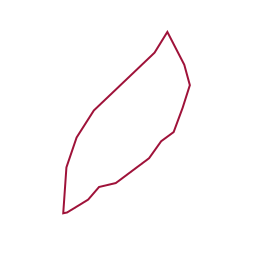 an SVG outline of Apace, rotated 293°
{"feature_id": "SVN-5884", "entity_name": "Apace", "entity_type": "Municipality", "adm_level": 1, "iso_a3": "SVN", "parent_name": "Slovenia", "parent_adm1": "", "projection": "robinson", "projection_center": [15.868, 46.694], "detail": "fine", "context": "isolated", "style": "outline", "palette": "rose", "viewbox_px": 256, "rotation_deg": 293, "n_neighbors": 0, "source": "natural_earth", "source_scale": "10m", "svg_char_len": 358}
<svg xmlns="http://www.w3.org/2000/svg" viewBox="0 0 256 256"><g transform="rotate(293 128 128)"><path d="M99.2,84.4L130.8,89.7L207.7,123.0L231.8,126.7L208.2,155.1L191.6,168.2L167.9,170.4L142.1,171.6L128.8,163.7L108.4,159.2L72.6,138.3L62.4,124.4L46.5,119.3L26.4,104.9L24.2,101.7L67.7,86.7L99.2,84.4Z" fill="none" stroke="#9f1239" stroke-width="2"/></g></svg>